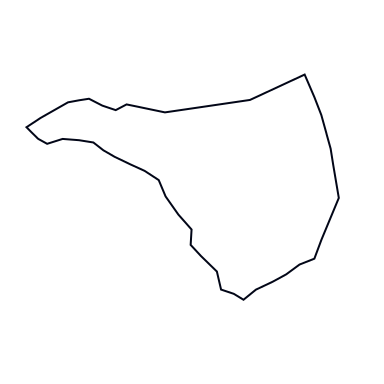 La Pendé, Logone Oriental, Chad, rotated 346°
{"feature_id": "50815135B99305267844407", "entity_name": "La Pendé", "entity_type": "district", "adm_level": 2, "iso_a3": "TCD", "parent_name": "Chad", "parent_adm1": "Logone Oriental", "projection": "orthographic", "projection_center": [16.766, 8.864], "detail": "fine", "context": "isolated", "style": "outline", "palette": "ink", "viewbox_px": 384, "rotation_deg": 346, "n_neighbors": 0, "source": "geoboundaries", "source_scale": "gbopen_adm2", "svg_char_len": 835}
<svg xmlns="http://www.w3.org/2000/svg" viewBox="0 0 384 384"><g transform="rotate(346 192 192)"><path d="M55.7,103.3L55.8,103.4L63.1,110.2L79.3,109.2L94.9,114.4L108.3,120.1L116.1,130.1L125.5,139.2L138.9,150.3L151.1,160.0L162.6,172.4L165.3,189.9L173.3,210.6L182.5,228.3L177.9,243.0L185.1,256.1L196.9,275.2L196.6,293.7L207.9,300.9L215.9,309.0L230.4,302.2L248.5,298.6L263.5,294.7L278.8,288.4L294.6,286.3L306.0,269.7L333.0,233.3L335.6,199.6L337.0,183.5L336.6,169.0L336.6,168.3L336.6,167.2L336.1,148.6L333.7,129.6L329.7,105.3L288.2,113.3L281.6,114.6L280.0,114.9L270.5,116.7L218.1,111.5L185.0,108.2L161.8,97.0L161.4,96.8L161.2,96.7L149.7,91.2L137.8,94.1L129.8,89.0L125.9,86.5L114.6,76.6L104.7,75.7L93.4,75.0L63.0,83.5L47.1,89.1L50.5,94.9L51.3,96.2L54.8,101.9L54.8,102.0L55.7,103.3Z" fill="none" stroke="#020617" stroke-width="2"/></g></svg>